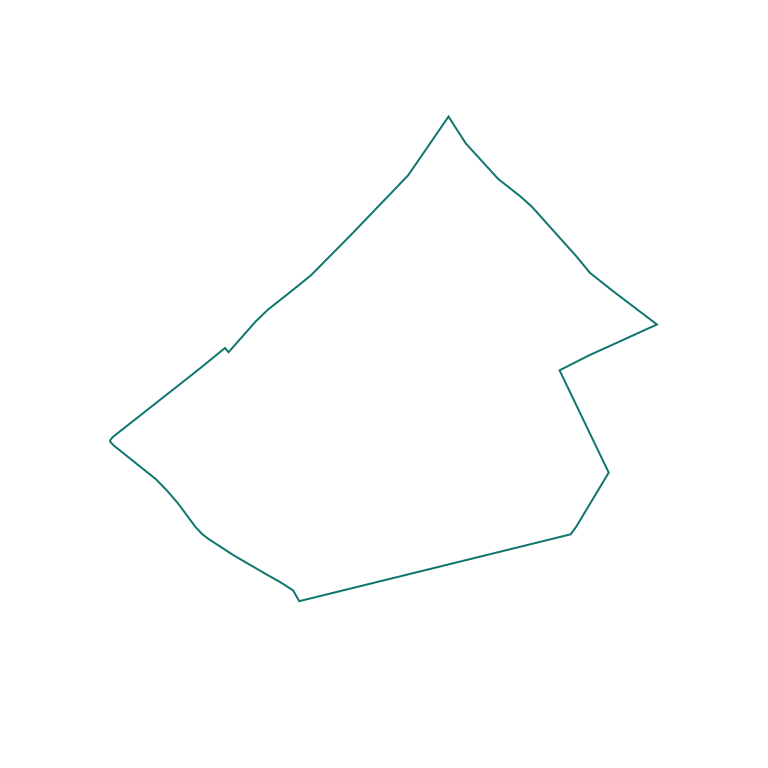 the district of Lipova, Arad, Romania, rotated 155°
{"feature_id": "2599482B8806038231558", "entity_name": "Lipova", "entity_type": "district", "adm_level": 2, "iso_a3": "ROU", "parent_name": "Romania", "parent_adm1": "Arad", "projection": "natural_earth1", "projection_center": [21.522, 46.238], "detail": "fine", "context": "isolated", "style": "outline", "palette": "teal", "viewbox_px": 768, "rotation_deg": 155, "n_neighbors": 0, "source": "geoboundaries", "source_scale": "gbopen_adm2", "svg_char_len": 706}
<svg xmlns="http://www.w3.org/2000/svg" viewBox="0 0 768 768"><g transform="rotate(155 384 384)"><path d="M278.4,168.9L270.3,173.3L217.8,208.7L219.1,322.2L186.7,323.3L111.5,322.6L137.5,371.9L150.4,397.8L155.7,418.4L174.9,481.7L180.7,495.5L193.9,521.7L208.2,567.5L211.2,589.3L212.5,599.1L273.8,563.0L349.4,533.7L404.0,513.5L426.3,507.9L457.9,500.4L474.2,494.8L511.5,478.5L512.8,483.8L519.0,482.3L545.1,475.7L608.6,460.8L652.2,450.6L656.1,448.6L656.4,448.0L656.5,447.1L654.8,442.2L630.9,394.0L625.8,379.3L621.1,362.8L615.4,334.6L612.3,325.0L608.6,317.8L592.9,292.6L571.5,261.8L561.4,247.7L553.6,235.3L553.2,230.3L552.9,226.6L552.6,223.0L278.4,168.9Z" fill="none" stroke="#0f766e" stroke-width="2"/></g></svg>